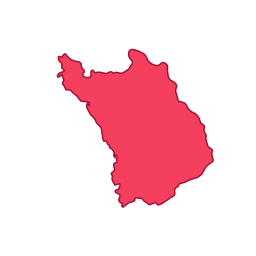 outline of Chagang-do, rotated 292°
{"feature_id": "PRK-3310", "entity_name": "Chagang-do", "entity_type": "Province", "adm_level": 1, "iso_a3": "PRK", "parent_name": "North Korea", "parent_adm1": "", "projection": "mercator", "projection_center": [126.424, 40.896], "detail": "fine", "context": "isolated", "style": "filled", "palette": "rose", "viewbox_px": 256, "rotation_deg": 292, "n_neighbors": 0, "source": "natural_earth", "source_scale": "10m", "svg_char_len": 4031}
<svg xmlns="http://www.w3.org/2000/svg" viewBox="0 0 256 256"><g transform="rotate(292 128 128)"><path d="M168.0,36.9L168.7,37.7L168.8,39.9L169.2,40.5L170.2,40.4L171.9,40.8L173.3,41.9L173.1,42.5L171.7,45.1L170.5,47.8L170.0,50.9L170.1,53.3L170.4,55.6L170.8,57.1L171.0,57.8L170.9,58.7L170.3,60.2L169.1,61.0L167.8,61.7L166.6,62.6L165.8,64.0L165.3,65.2L164.6,66.0L163.3,66.4L161.1,66.0L160.1,66.3L159.2,67.4L159.0,68.6L159.2,70.3L159.7,71.8L160.2,72.9L161.6,74.1L163.0,74.0L165.7,72.8L166.4,72.6L167.2,72.6L168.0,72.9L168.3,73.7L168.2,74.5L167.2,75.6L166.9,76.3L167.1,76.9L168.5,79.3L169.1,80.9L169.5,82.6L170.0,86.1L170.8,88.1L173.3,90.2L173.9,91.8L173.7,92.8L173.4,93.4L173.4,94.1L174.4,95.1L175.1,96.2L175.5,97.5L175.9,100.3L176.8,102.2L178.3,103.5L182.6,106.4L183.6,106.8L185.9,107.0L188.9,107.9L190.0,107.7L191.5,106.8L192.4,105.4L193.2,103.9L194.3,102.4L196.0,101.2L198.2,100.4L200.4,100.4L202.0,101.6L202.7,103.5L203.1,106.1L203.2,108.8L203.1,111.0L202.8,114.7L201.7,117.2L197.9,121.4L196.7,124.0L196.1,127.7L196.5,131.2L198.1,133.4L201.0,134.8L201.9,136.0L202.0,138.0L201.7,139.4L201.1,140.5L200.3,141.3L199.3,141.9L196.0,143.0L190.1,146.5L188.5,148.8L187.4,154.7L186.0,157.0L185.0,157.5L181.6,157.9L180.2,158.3L179.1,158.9L178.1,159.8L176.9,160.9L174.6,162.6L172.8,163.6L171.8,165.3L172.3,168.9L172.2,171.8L170.8,173.9L169.0,175.9L167.6,178.2L167.1,179.9L166.8,181.7L166.6,183.5L166.6,184.9L164.8,188.9L163.6,190.3L160.8,192.7L160.2,193.5L159.8,194.0L159.2,196.3L158.7,197.6L158.2,198.3L157.6,198.6L156.3,198.7L155.2,198.9L154.6,199.2L154.0,199.5L152.9,200.3L152.2,201.2L151.3,202.4L150.6,203.1L150.0,203.5L148.3,203.8L147.7,204.0L147.0,204.4L142.1,207.9L141.3,208.7L140.7,209.4L140.4,209.9L140.3,210.4L140.0,212.4L139.8,213.1L139.4,214.1L138.8,214.7L138.3,214.9L136.0,215.1L135.1,215.5L130.6,218.7L129.7,219.1L129.1,219.1L128.5,219.0L128.0,218.8L124.7,216.5L121.7,215.1L120.2,214.6L113.2,213.8L111.6,213.1L108.2,210.9L107.2,209.8L103.9,205.6L98.9,200.9L96.8,198.1L95.5,196.7L94.9,196.4L94.4,196.3L93.4,196.4L92.4,196.1L91.6,195.6L90.7,194.9L90.0,194.6L89.4,194.5L88.3,194.5L87.2,194.7L86.1,195.2L85.0,195.9L84.4,196.1L83.7,196.1L82.6,196.0L81.9,195.6L81.3,195.2L80.1,194.1L71.2,188.2L68.7,185.9L68.2,185.2L67.9,184.5L68.0,184.0L68.3,183.5L68.7,183.0L69.0,182.5L69.1,181.9L69.0,181.4L68.7,180.9L65.5,177.5L65.3,177.0L65.1,176.5L65.0,176.0L65.0,175.4L65.2,174.9L65.7,173.8L65.9,173.2L66.2,170.4L66.3,170.2L67.2,168.6L67.5,168.0L67.6,167.5L67.8,167.0L67.8,166.4L67.6,165.9L67.0,164.6L66.9,164.3L66.5,162.0L66.1,161.3L65.7,161.0L65.1,160.9L63.9,161.3L63.2,161.3L62.4,161.0L61.9,160.5L59.5,157.4L58.8,156.7L58.1,156.2L52.8,153.1L53.1,151.7L53.6,151.2L54.9,151.5L55.6,151.0L55.9,150.4L55.9,149.0L56.2,148.2L56.9,147.0L57.6,146.4L58.6,146.2L61.7,146.1L62.8,145.7L63.3,144.6L63.4,142.4L63.8,140.5L64.7,139.8L65.8,140.1L66.9,141.0L67.4,141.9L67.6,142.2L72.1,142.1L73.1,141.4L72.4,139.9L70.2,137.2L73.2,133.5L74.8,132.3L74.9,132.2L77.3,131.7L77.9,131.4L78.3,130.8L78.6,130.1L79.1,129.7L79.8,129.6L80.5,129.8L83.7,131.3L84.5,131.2L87.6,129.0L88.5,128.5L89.8,128.3L90.6,128.8L91.5,129.8L92.4,130.5L93.4,130.0L94.5,129.1L96.9,128.8L97.9,128.3L98.4,127.3L98.0,126.8L97.0,126.7L95.8,126.9L96.7,125.4L98.0,124.9L99.4,124.7L100.7,123.7L102.3,121.3L102.7,120.1L102.5,119.2L103.0,118.4L103.6,117.9L104.4,117.5L105.2,117.2L105.0,115.9L105.7,114.9L106.9,113.8L107.8,112.4L106.7,110.5L108.5,108.8L117.1,103.7L118.2,102.8L118.9,101.6L120.8,97.2L121.7,96.1L123.6,94.2L124.4,93.0L126.2,88.8L127.0,87.5L130.8,82.9L133.2,81.1L135.4,81.1L135.2,81.6L135.0,82.0L134.8,82.3L134.4,82.6L134.4,83.3L137.0,82.6L137.0,80.0L135.9,76.8L135.4,74.2L135.9,72.9L138.5,68.7L139.8,64.1L141.2,61.3L141.5,59.9L141.2,58.6L140.4,57.2L140.4,56.0L143.1,53.1L144.3,50.7L145.5,50.4L148.2,50.6L149.0,50.1L151.4,47.8L152.6,47.1L151.6,46.2L150.5,45.5L149.5,44.8L149.0,43.5L150.3,43.0L151.5,43.0L152.6,43.5L153.7,44.2L155.9,46.8L157.3,47.6L157.8,46.7L158.8,44.2L163.1,42.4L164.0,39.7L164.8,38.6L166.4,37.4L168.0,36.9Z" fill="#f43f5e" stroke="#9f1239" stroke-width="1.5"/></g></svg>